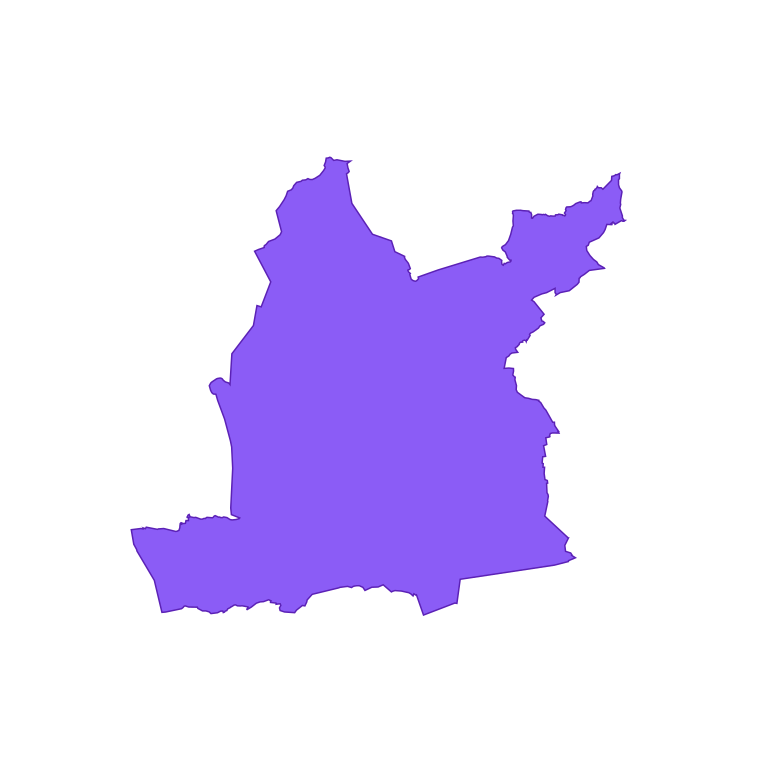 the district of Zacapu, Michoacán, Mexico, rotated 74°
{"feature_id": "50627088B28072853105551", "entity_name": "Zacapu", "entity_type": "district", "adm_level": 2, "iso_a3": "MEX", "parent_name": "Mexico", "parent_adm1": "Michoacán", "projection": "equal_earth", "projection_center": [-101.852, 19.83], "detail": "fine", "context": "isolated", "style": "filled", "palette": "violet", "viewbox_px": 768, "rotation_deg": 74, "n_neighbors": 0, "source": "geoboundaries", "source_scale": "gbopen_adm2", "svg_char_len": 6168}
<svg xmlns="http://www.w3.org/2000/svg" viewBox="0 0 768 768"><g transform="rotate(74 384 384)"><path d="M542.3,660.4L543.0,656.8L544.2,640.5L543.4,638.6L542.6,637.6L542.5,636.3L544.6,633.1L547.1,624.9L548.4,624.8L552.1,621.0L553.0,617.8L554.9,614.8L557.0,613.6L558.0,607.1L557.3,603.6L557.9,601.5L559.4,601.5L559.3,600.2L558.5,599.2L558.5,597.6L557.1,596.2L556.4,592.9L556.0,592.6L556.0,591.7L555.2,589.0L555.4,587.6L556.8,586.1L557.7,583.5L558.1,581.5L560.7,576.3L561.0,576.1L562.7,577.9L563.1,577.7L561.9,573.1L559.5,567.1L559.3,563.2L560.0,559.8L559.6,554.3L561.3,552.4L561.9,553.1L562.7,553.3L564.8,548.2L565.2,548.0L566.0,548.4L566.6,544.4L568.4,544.2L570.4,546.2L573.1,546.3L575.7,542.5L579.2,532.9L577.3,530.5L574.4,523.5L575.5,521.2L572.3,518.4L570.4,517.4L566.5,511.2L566.4,510.4L567.5,483.4L567.3,482.7L568.1,477.3L568.5,474.8L570.7,471.3L570.1,469.4L570.1,468.0L570.4,465.8L571.1,463.3L573.7,460.3L577.2,459.2L576.0,451.7L577.5,445.6L576.8,440.1L585.9,434.2L585.6,432.7L585.6,430.4L587.8,424.4L591.5,417.6L593.1,416.1L595.7,414.5L593.9,413.1L595.9,411.4L595.7,410.9L617.0,409.7L614.1,376.3L615.0,374.4L592.7,364.6L605.1,269.9L605.5,255.7L604.7,255.4L603.8,247.9L600.5,250.8L600.2,250.4L597.9,251.1L594.9,255.6L589.0,254.7L582.8,249.1L582.7,249.4L555.3,265.9L542.1,258.9L541.2,258.9L537.3,257.0L535.5,256.8L533.5,257.3L524.3,255.1L524.4,254.0L521.8,253.6L520.2,255.6L514.1,254.7L508.3,252.6L507.8,254.1L504.4,252.9L503.6,253.8L497.7,251.5L498.1,248.6L487.3,247.6L487.0,244.2L480.3,243.3L480.5,239.3L480.0,238.9L479.3,239.1L477.4,237.8L477.5,235.5L479.4,229.4L477.7,229.8L477.8,229.2L471.7,231.2L470.2,231.3L467.7,230.7L467.2,232.4L453.7,235.6L451.1,236.9L445.0,238.5L442.9,240.1L442.4,239.7L440.9,242.3L439.6,245.8L437.6,249.0L436.0,252.5L428.7,258.1L425.9,258.5L422.1,257.1L416.1,257.0L413.6,256.0L413.0,256.7L410.8,257.7L407.3,255.9L404.8,255.3L403.1,259.5L402.1,264.2L392.3,259.2L391.5,256.3L390.0,254.4L389.5,252.4L390.4,246.7L386.9,247.9L385.3,247.7L384.7,245.3L384.3,245.2L383.3,243.2L382.4,242.8L381.5,241.5L381.9,239.3L381.3,239.4L380.6,238.3L380.6,236.8L381.5,235.7L382.4,235.6L380.9,234.7L381.3,234.2L377.6,230.2L376.4,230.4L375.5,229.2L375.0,226.2L372.8,220.1L371.1,218.1L370.6,214.2L369.5,212.6L367.7,213.7L366.9,214.9L363.6,214.9L361.1,210.9L346.2,217.1L344.0,219.0L342.0,215.9L340.9,207.5L341.0,202.5L339.2,193.2L343.4,194.4L345.2,193.6L346.0,194.3L344.7,189.4L345.4,180.2L341.5,170.8L339.9,168.5L336.2,167.3L335.8,166.1L335.1,165.6L333.7,160.9L331.4,155.3L333.6,140.2L333.0,140.4L328.3,145.0L325.3,145.8L322.0,148.3L317.3,150.6L311.6,152.3L307.5,151.6L306.9,149.4L304.3,147.6L302.8,137.1L299.0,131.3L296.5,128.9L292.0,125.8L293.8,120.5L292.5,121.7L292.1,121.0L292.4,120.7L291.4,119.4L291.5,119.2L292.2,119.7L292.9,118.1L294.2,117.9L292.4,110.8L293.4,109.5L293.7,108.4L293.2,107.1L292.7,108.3L289.7,109.0L288.1,108.5L279.8,108.8L276.7,107.0L275.2,106.9L271.7,105.6L265.0,102.3L263.9,102.3L260.3,103.6L257.1,103.6L252.4,102.3L251.5,101.1L247.3,99.9L246.5,99.3L247.1,102.4L246.6,103.5L247.1,104.6L247.3,105.8L247.2,107.8L251.0,109.2L257.1,119.9L255.2,121.1L254.6,123.4L253.9,124.1L253.0,124.5L253.9,125.1L254.9,126.7L255.0,127.6L255.8,127.9L256.0,129.0L256.7,129.8L259.2,131.1L260.8,131.4L264.8,134.4L265.0,135.5L266.1,138.1L265.0,141.1L264.3,144.4L263.2,144.4L263.0,145.4L263.4,149.9L264.5,152.5L265.0,154.8L265.0,156.1L264.2,159.5L264.5,160.2L266.3,161.4L267.6,161.2L269.4,163.4L271.3,162.8L272.1,163.5L272.2,164.0L271.2,165.2L271.1,165.8L270.6,165.8L268.9,169.2L269.2,170.1L268.7,172.5L269.7,173.1L269.3,175.0L268.3,177.5L268.4,178.7L267.4,180.3L265.4,182.0L265.6,182.8L264.9,184.1L264.9,185.4L264.4,186.0L263.2,189.3L264.1,193.6L265.6,195.5L265.4,196.0L265.2,196.4L261.8,195.4L259.5,195.6L259.4,196.2L258.4,197.1L257.7,197.0L255.7,202.6L254.6,204.9L253.5,208.9L253.2,212.3L253.7,212.9L255.2,213.1L255.5,213.4L256.0,213.1L257.7,213.2L262.8,215.1L267.6,216.1L268.7,217.3L275.0,220.9L280.5,224.8L283.5,228.8L284.5,232.4L285.5,233.4L288.1,232.8L290.5,231.0L295.0,230.4L296.2,230.6L299.6,229.0L299.9,227.8L300.6,227.9L301.4,228.9L301.2,232.0L301.9,234.3L301.2,235.2L302.7,236.6L302.0,237.3L301.1,237.6L299.0,237.3L297.7,236.7L294.9,238.9L293.9,241.1L292.3,242.7L290.0,247.9L289.4,249.7L289.7,251.1L289.3,254.3L288.5,256.5L289.3,300.6L290.6,321.7L292.4,321.8L293.7,324.1L293.9,325.6L292.4,327.8L290.7,329.0L285.6,329.0L285.0,328.2L283.2,329.4L281.4,329.8L280.9,329.3L281.0,328.0L280.3,326.9L274.7,327.3L270.0,329.2L267.7,329.4L267.0,329.0L259.8,337.1L248.5,337.4L236.9,353.8L201.5,365.1L171.6,362.1L171.0,360.1L170.1,358.9L166.2,359.1L161.9,358.7L160.5,354.8L159.2,360.2L155.5,367.4L155.2,370.7L151.8,372.6L151.1,373.6L151.3,375.4L151.0,377.3L154.5,379.0L157.5,381.3L159.0,380.8L160.1,381.0L162.3,383.4L165.7,388.2L167.3,393.6L167.7,396.6L166.9,399.0L165.6,400.5L166.2,403.0L165.6,406.3L166.3,407.9L166.1,412.4L168.5,416.1L170.6,417.7L171.8,419.7L172.2,423.5L176.1,426.2L179.3,429.2L184.7,435.5L187.7,439.9L209.4,440.5L211.9,442.7L214.6,448.9L215.2,455.7L217.4,458.9L218.0,460.8L218.7,461.3L219.8,461.5L220.1,467.5L220.7,471.8L254.6,464.7L276.0,480.8L273.6,484.5L291.8,493.4L313.0,521.9L342.1,532.2L340.2,533.0L338.3,535.9L336.2,537.4L334.4,538.1L333.6,538.9L333.1,539.9L332.8,542.5L332.9,543.6L334.6,548.9L335.3,550.3L337.5,552.4L342.4,552.4L344.9,551.9L346.6,550.8L347.5,548.4L354.0,548.4L373.7,546.9L396.3,547.3L402.6,547.8L423.4,552.7L461.0,565.5L467.5,566.7L473.0,559.6L473.5,560.3L473.5,563.5L472.8,567.5L471.9,569.3L469.1,571.8L467.8,574.4L467.6,575.1L467.9,576.1L467.4,577.8L466.6,578.6L466.5,579.6L464.0,582.6L464.2,583.7L465.1,585.0L465.3,585.8L463.4,590.9L463.5,591.7L464.1,592.7L463.6,594.0L463.8,596.0L463.4,597.4L460.3,601.7L460.0,603.5L458.2,607.0L455.7,607.3L456.1,608.6L457.3,609.4L457.6,610.0L458.0,610.0L458.7,608.4L459.5,609.1L461.4,609.6L460.7,612.0L463.2,613.3L462.8,615.4L461.4,617.3L461.9,618.3L462.5,618.5L463.0,617.7L463.2,618.9L465.9,619.9L468.1,621.4L468.5,623.5L468.3,624.9L462.2,635.6L461.1,640.9L461.3,641.8L456.1,652.0L457.3,653.2L456.3,654.7L456.7,654.5L457.0,655.4L455.9,657.5L454.4,667.1L469.1,668.7L474.9,667.4L476.5,667.5L509.4,658.9L542.3,660.4Z" fill="#8b5cf6" stroke="#5b21b6" stroke-width="1.5"/></g></svg>